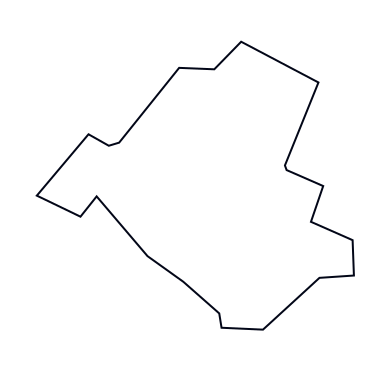 outline of Lynchburg, Virginia, United States of America, rotated 174°
{"feature_id": "52423323B93399406998966", "entity_name": "Lynchburg", "entity_type": "district", "adm_level": 2, "iso_a3": "USA", "parent_name": "United States of America", "parent_adm1": "Virginia", "projection": "orthographic", "projection_center": [-79.19, 37.401], "detail": "fine", "context": "isolated", "style": "outline", "palette": "ink", "viewbox_px": 384, "rotation_deg": 174, "n_neighbors": 0, "source": "geoboundaries", "source_scale": "gbopen_adm2", "svg_char_len": 428}
<svg xmlns="http://www.w3.org/2000/svg" viewBox="0 0 384 384"><g transform="rotate(174 192 192)"><path d="M176.8,53.9L135.8,47.7L74.2,93.3L39.7,92.0L37.3,127.3L76.8,149.9L60.9,184.2L95.6,203.9L96.8,208.7L54.8,287.7L127.4,336.3L157.0,311.7L191.8,316.8L259.3,248.7L269.9,246.7L288.9,260.2L346.7,204.6L305.5,179.1L287.3,197.6L242.9,132.8L210.1,103.7L177.6,68.4L176.8,53.9Z" fill="none" stroke="#020617" stroke-width="2"/></g></svg>